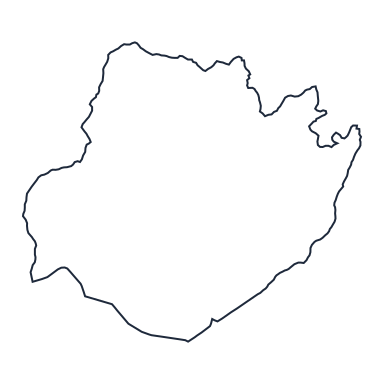 Itaporã, Mato Grosso do Sul, Brazil
{"feature_id": "56859067B98177520560726", "entity_name": "Itaporã", "entity_type": "district", "adm_level": 2, "iso_a3": "BRA", "parent_name": "Brazil", "parent_adm1": "Mato Grosso do Sul", "projection": "orthographic", "projection_center": [-54.839, -22.004], "detail": "fine", "context": "isolated", "style": "outline", "palette": "slate", "viewbox_px": 384, "rotation_deg": 0, "n_neighbors": 0, "source": "geoboundaries", "source_scale": "gbopen_adm2", "svg_char_len": 4087}
<svg xmlns="http://www.w3.org/2000/svg" viewBox="0 0 384 384"><path d="M359.5,131.6L359.3,129.0L356.5,128.6L357.0,125.6L353.1,125.5L351.2,127.2L350.3,129.5L349.1,132.5L347.6,135.6L346.1,137.1L344.5,138.4L341.6,137.8L340.1,135.2L338.1,133.8L336.0,132.6L333.8,134.7L332.0,137.3L332.3,139.8L333.8,141.7L337.3,143.3L333.8,144.9L331.5,147.1L328.5,145.8L325.6,145.8L322.7,147.0L320.0,146.9L317.9,145.0L317.4,141.5L317.9,139.1L318.5,135.7L315.7,133.2L312.0,131.3L310.4,129.6L309.1,126.3L311.6,123.7L313.5,121.6L315.8,121.0L316.4,118.9L318.5,118.0L322.3,115.8L324.7,114.9L326.4,113.4L325.9,111.1L323.1,110.3L320.4,111.5L317.1,110.5L315.2,108.7L316.2,106.6L317.9,104.1L318.3,100.9L318.1,98.8L317.8,95.9L317.5,92.3L316.3,89.5L315.6,86.4L312.1,87.0L309.7,89.1L307.1,89.6L305.2,90.5L303.5,92.6L301.2,94.6L298.3,96.2L294.7,96.6L290.9,95.5L288.0,96.0L285.1,97.7L283.3,101.0L281.5,104.0L280.1,106.4L278.3,108.1L276.9,110.8L274.0,111.9L271.6,114.4L268.4,114.8L265.0,116.2L262.6,113.4L259.9,111.5L260.5,109.0L260.8,105.8L260.0,102.4L259.2,100.1L259.0,97.7L258.3,95.0L257.1,92.7L255.7,91.0L254.5,89.0L252.5,87.8L248.2,88.0L247.1,85.4L247.7,83.1L247.1,80.1L249.4,78.2L248.4,75.5L250.2,74.4L248.8,71.3L245.9,68.6L244.6,65.9L244.5,63.3L244.0,60.4L241.8,60.4L241.5,57.9L238.8,56.6L236.5,57.3L233.6,58.9L230.8,62.0L228.9,64.6L226.0,63.8L222.9,62.5L220.0,62.0L216.9,61.1L214.8,63.4L213.5,65.3L211.3,67.2L208.0,69.0L205.4,71.0L203.2,70.2L201.4,68.6L199.3,66.7L197.6,65.3L196.1,62.8L193.1,61.9L191.9,59.5L187.9,59.5L185.0,57.8L182.5,56.2L179.7,55.9L177.6,57.9L175.2,57.9L171.9,57.7L169.2,57.1L166.5,56.0L164.4,55.6L161.3,55.4L159.1,54.5L156.4,54.1L152.6,54.9L149.3,53.2L145.8,51.3L143.0,49.2L140.6,47.8L138.8,45.3L136.9,43.2L134.9,42.4L132.2,43.2L129.9,44.5L126.2,44.5L124.1,44.2L121.1,46.0L118.3,48.5L115.8,49.7L113.1,51.3L110.6,52.4L108.2,54.9L108.3,58.2L107.2,61.8L105.2,65.2L104.1,67.0L103.2,69.2L103.4,73.2L103.0,77.3L102.6,80.9L100.6,84.2L99.1,87.3L99.2,90.9L98.2,93.5L96.4,94.6L95.9,97.2L94.1,98.5L91.5,100.9L89.8,104.3L92.1,107.0L92.1,110.7L90.5,113.8L88.9,116.9L86.6,119.5L84.4,122.2L82.7,124.1L81.5,127.3L84.5,131.4L86.4,133.7L87.7,136.1L89.5,139.0L90.7,142.0L88.8,143.6L86.7,144.6L85.5,147.9L85.2,151.9L83.1,155.5L81.9,159.3L80.0,162.0L77.6,161.2L74.7,162.1L73.1,164.5L71.2,166.1L67.0,167.2L63.9,167.4L61.6,167.9L58.7,169.3L55.7,169.8L52.6,169.7L50.7,170.5L47.8,173.0L44.4,174.6L41.2,175.3L38.4,177.4L36.8,180.0L34.1,183.5L31.6,186.8L29.3,190.2L27.0,193.6L26.5,197.2L26.3,200.7L24.8,204.3L24.8,207.7L24.6,210.8L23.3,213.9L23.0,216.2L25.7,219.7L27.1,223.2L27.0,225.8L27.4,229.9L28.4,233.1L31.9,237.1L33.1,239.0L34.9,241.3L35.7,243.4L36.2,245.5L34.9,248.9L34.9,251.4L34.9,254.6L35.5,257.1L35.4,259.4L34.8,262.3L32.7,265.1L31.7,268.9L30.6,272.2L32.6,281.8L41.8,279.1L47.4,277.1L51.9,273.8L57.8,269.4L61.3,267.7L64.7,267.5L67.3,268.5L70.7,272.3L73.2,275.2L78.4,281.2L80.6,283.7L81.7,286.0L83.8,292.2L85.1,296.3L112.0,304.2L114.8,307.5L117.2,310.5L128.4,323.7L141.7,331.8L149.2,334.5L151.5,335.2L159.2,336.3L161.3,336.6L180.2,339.4L185.3,340.2L188.1,341.6L194.7,337.3L197.1,335.5L201.6,332.5L210.0,326.1L211.0,323.7L212.2,319.0L214.6,320.3L217.5,321.4L222.2,318.5L231.0,312.3L237.1,308.4L246.1,302.2L257.8,294.2L260.3,292.9L263.2,290.2L265.7,288.5L267.3,286.6L268.3,284.6L270.9,282.4L273.8,279.7L275.2,276.9L276.5,275.3L278.3,274.1L279.9,272.9L282.7,271.6L284.7,270.5L286.8,269.9L288.6,269.0L290.6,267.3L294.4,264.2L298.3,262.6L300.7,262.6L303.7,263.0L306.5,260.2L308.0,257.3L309.5,255.4L310.4,252.2L310.5,248.0L311.9,244.9L314.5,241.9L316.3,240.7L320.2,239.5L322.6,237.8L325.3,235.2L327.5,233.4L329.1,231.2L329.9,228.9L331.3,227.3L333.1,224.2L334.6,221.7L335.5,218.6L335.4,216.3L335.1,213.4L335.4,210.0L335.1,207.3L334.2,205.3L334.5,202.7L335.7,200.1L336.8,196.5L337.9,193.7L339.1,191.4L341.0,189.1L343.2,186.5L342.7,184.4L344.0,181.5L345.9,178.2L347.1,175.9L347.7,173.2L348.2,169.9L349.7,167.5L351.1,164.7L351.5,162.2L353.0,159.9L354.0,156.9L355.4,153.6L357.5,150.2L359.0,148.3L360.4,145.5L360.5,141.9L359.8,139.8L361.0,136.8L359.2,134.0L359.5,131.6Z" fill="none" stroke="#1e293b" stroke-width="2"/></svg>